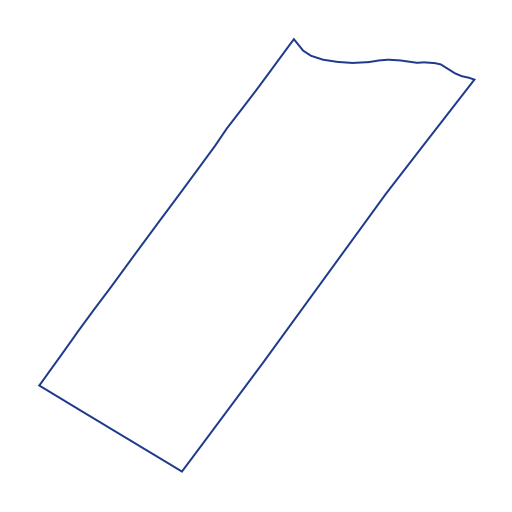 Videle, Teleorman, Romania, rotated 182°
{"feature_id": "2599482B29791980403734", "entity_name": "Videle", "entity_type": "district", "adm_level": 2, "iso_a3": "ROU", "parent_name": "Romania", "parent_adm1": "Teleorman", "projection": "natural_earth1", "projection_center": [25.476, 44.223], "detail": "fine", "context": "isolated", "style": "outline", "palette": "blue", "viewbox_px": 512, "rotation_deg": 182, "n_neighbors": 0, "source": "geoboundaries", "source_scale": "gbopen_adm2", "svg_char_len": 731}
<svg xmlns="http://www.w3.org/2000/svg" viewBox="0 0 512 512"><g transform="rotate(182 256 256)"><path d="M225.7,474.0L229.3,468.8L244.7,446.3L249.1,439.8L260.8,422.8L273.5,404.9L289.5,382.6L300.8,364.6L313.9,345.4L334.5,315.3L343.0,303.0L353.4,288.0L366.7,268.6L376.1,254.9L385.4,241.2L400.2,219.4L416.1,196.7L431.5,174.1L434.6,169.3L448.2,148.7L458.2,133.8L463.1,126.4L467.3,120.1L468.1,119.0L426.2,95.6L322.5,38.0L305.9,61.9L245.8,148.8L128.2,322.9L93.5,371.2L43.9,439.9L49.5,441.6L56.7,442.9L63.5,445.5L78.0,453.9L83.9,455.0L94.7,455.4L101.8,454.7L118.8,456.5L130.6,456.8L139.4,455.8L150.2,453.7L166.3,452.3L181.1,452.8L195.8,454.5L208.0,458.0L216.1,462.9L225.7,474.0Z" fill="none" stroke="#1e3a8a" stroke-width="2"/></g></svg>